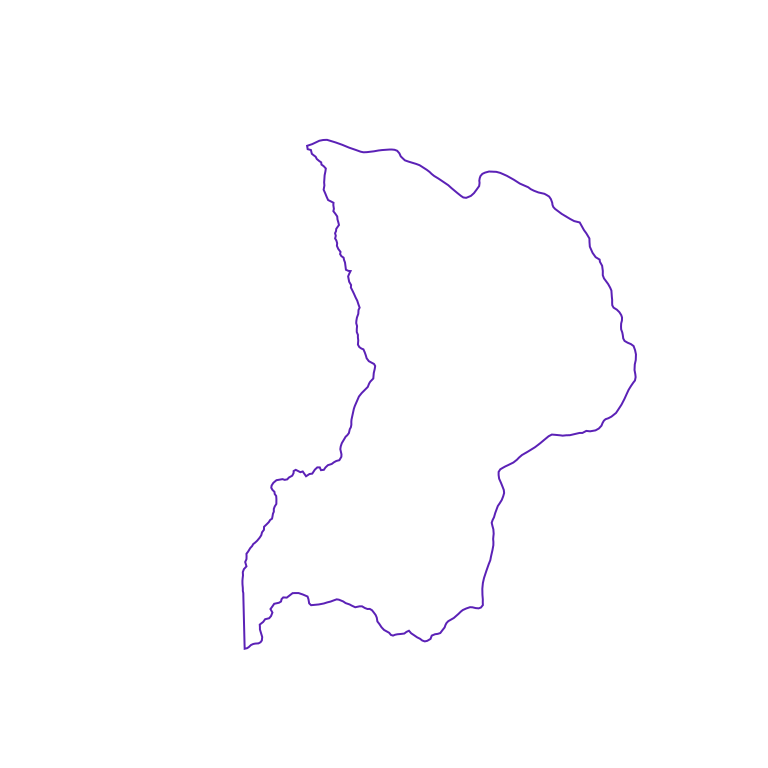 Carlinda, Mato Grosso, Brazil (Albers equal-area conic projection), rotated 331°
{"feature_id": "56859067B90935717597858", "entity_name": "Carlinda", "entity_type": "district", "adm_level": 2, "iso_a3": "BRA", "parent_name": "Brazil", "parent_adm1": "Mato Grosso", "projection": "albers", "projection_center": [-55.88, -10.063], "detail": "fine", "context": "isolated", "style": "outline", "palette": "violet", "viewbox_px": 768, "rotation_deg": 331, "n_neighbors": 0, "source": "geoboundaries", "source_scale": "gbopen_adm2", "svg_char_len": 5758}
<svg xmlns="http://www.w3.org/2000/svg" viewBox="0 0 768 768"><g transform="rotate(331 384 384)"><path d="M263.1,588.5L263.6,591.7L263.9,595.6L264.8,599.1L267.9,604.1L268.4,606.8L269.9,608.4L272.2,608.7L274.4,609.4L277.1,610.6L280.8,612.1L283.5,611.7L286.2,611.9L286.9,615.2L288.6,618.5L290.2,621.7L292.0,624.3L293.1,626.9L294.9,628.9L297.3,629.6L301.1,629.5L303.8,627.2L307.3,627.6L309.9,628.6L312.5,629.1L315.4,627.8L319.0,626.3L320.8,624.7L322.7,623.4L325.2,622.6L331.6,622.5L337.6,621.2L340.9,620.3L343.3,619.9L347.1,620.2L351.0,620.9L353.0,622.1L355.5,624.4L358.0,626.1L360.4,626.5L363.3,625.3L364.5,622.9L366.0,620.3L367.9,616.1L370.7,610.8L374.0,606.0L377.4,602.2L382.9,597.1L388.3,592.3L391.5,589.7L394.0,586.7L398.3,581.9L401.5,578.0L403.1,575.2L404.3,572.5L406.0,570.0L407.3,568.2L409.2,564.1L410.0,560.8L410.9,557.6L413.1,555.6L415.6,553.9L418.7,550.8L422.3,547.7L424.4,545.9L427.4,544.4L430.8,542.5L433.8,540.0L436.2,537.6L437.4,534.8L437.9,531.2L438.4,527.2L438.8,522.6L440.1,519.2L441.6,516.5L444.3,515.0L447.4,514.9L450.1,514.9L452.9,515.1L459.1,515.4L463.5,514.7L466.4,513.8L470.3,513.0L476.9,512.9L485.4,512.5L492.1,511.5L496.7,510.6L502.6,509.5L506.3,509.6L509.3,511.6L513.5,514.5L515.2,515.8L518.3,517.1L521.8,518.9L531.3,521.6L533.8,523.0L538.2,523.1L541.3,525.3L546.5,527.1L550.3,527.1L554.0,525.9L556.2,524.1L558.5,522.7L560.7,522.2L563.5,522.7L567.1,522.8L572.9,521.8L576.6,519.9L581.7,517.2L587.1,513.6L591.4,510.4L595.1,507.7L599.0,505.5L602.8,503.6L605.2,502.6L607.4,500.0L608.5,497.4L609.9,493.2L612.8,488.5L615.8,485.1L618.7,480.3L620.0,476.1L620.7,471.8L619.3,468.8L617.1,466.0L615.3,463.0L615.3,460.2L616.6,456.9L617.4,454.4L617.9,451.2L619.2,448.6L620.8,446.0L622.9,443.8L624.4,441.3L624.9,438.8L624.7,435.3L623.7,431.9L621.8,428.5L621.8,425.8L623.0,423.4L624.3,421.1L625.5,418.3L628.2,412.5L628.5,409.4L628.5,405.2L627.6,398.3L628.1,394.9L630.2,391.2L632.1,386.3L632.1,381.8L632.9,379.7L630.6,375.7L630.0,370.4L630.6,363.7L632.5,359.6L634.2,356.3L634.0,350.2L633.5,346.3L633.5,337.6L629.3,333.7L626.9,330.0L621.9,321.4L618.5,313.8L617.9,311.3L618.2,309.0L619.0,307.0L619.6,303.2L619.3,300.1L617.9,297.6L616.5,295.4L611.9,291.3L608.8,287.6L606.8,284.7L605.5,281.8L600.0,274.6L596.6,268.3L592.4,261.5L590.3,258.7L588.0,255.7L585.1,252.9L578.9,249.1L574.9,248.1L571.9,247.9L569.2,248.9L567.5,250.4L565.9,252.4L565.1,254.4L563.2,257.0L559.4,258.8L555.2,260.7L551.2,261.6L548.3,261.3L546.1,261.0L543.8,259.3L542.6,257.0L540.7,252.4L538.0,245.4L536.6,241.3L533.6,235.4L531.2,230.7L528.7,226.3L527.5,223.4L526.7,220.7L525.3,217.5L521.2,209.9L518.9,207.2L513.1,201.2L510.7,198.5L509.8,195.7L509.0,193.0L509.3,189.7L508.6,186.4L506.8,184.3L505.1,183.1L502.9,181.8L499.5,180.2L495.6,178.4L492.4,177.1L488.0,175.6L481.4,172.9L478.4,171.4L476.2,169.5L472.7,165.5L468.1,160.4L463.4,154.5L459.0,149.5L457.1,147.5L452.5,142.8L449.1,141.1L445.4,139.9L437.5,139.4L432.2,138.4L431.1,141.6L433.5,143.9L432.5,147.7L433.4,149.9L434.4,152.1L434.3,154.6L435.5,157.7L436.5,159.7L435.7,161.8L436.8,164.1L437.6,167.3L435.7,169.8L433.3,172.6L431.3,175.7L429.4,178.6L428.1,181.5L425.4,184.8L425.0,189.1L424.6,192.3L424.3,196.0L426.1,198.6L427.7,201.0L426.4,203.0L425.1,206.5L423.5,208.3L424.0,211.6L424.3,214.8L423.1,217.5L422.4,220.6L421.7,223.1L419.6,224.1L417.4,225.2L416.2,227.0L414.3,228.4L413.7,231.0L411.8,233.0L411.9,235.4L411.3,238.1L409.8,240.3L409.5,243.7L410.0,247.4L408.6,249.1L408.7,251.5L409.9,253.9L409.2,256.1L408.8,258.8L407.5,262.1L406.1,265.6L407.7,267.8L409.5,269.0L406.9,270.8L404.8,272.5L404.0,274.9L403.1,277.7L403.2,281.5L401.8,283.5L401.7,286.6L401.5,290.3L401.1,294.7L401.0,298.1L400.2,302.2L399.7,305.4L397.6,306.9L395.5,310.2L392.5,312.8L390.5,315.3L389.2,317.3L388.5,320.3L386.8,322.8L385.4,325.3L385.0,328.4L383.8,330.5L382.6,333.4L380.3,336.9L380.3,339.7L381.4,342.0L382.8,343.7L382.5,347.0L382.0,350.0L381.3,353.1L381.8,356.7L385.0,361.7L385.0,364.0L383.2,366.3L380.4,369.4L377.3,374.0L373.1,375.3L371.2,376.4L368.4,378.7L360.1,381.1L356.0,382.8L353.8,384.5L347.8,389.1L345.6,391.1L341.9,395.3L338.3,399.4L337.1,401.2L335.7,403.8L334.0,405.8L332.2,406.9L329.5,409.9L327.0,411.0L324.9,411.5L318.4,415.3L315.9,417.6L314.2,419.8L312.7,424.9L311.4,427.0L308.0,429.0L305.0,428.2L302.2,428.2L299.5,428.6L295.6,427.8L292.4,428.6L289.8,429.9L287.1,428.8L287.4,425.8L285.2,424.6L282.0,425.4L277.8,427.6L275.2,426.6L271.1,426.9L270.5,421.1L268.1,420.6L266.7,418.5L265.2,416.3L262.8,416.3L261.7,418.1L259.3,419.7L255.4,419.7L253.2,420.5L250.7,419.7L249.1,418.0L243.3,416.0L239.3,416.8L236.5,418.3L235.1,420.1L235.1,422.5L235.9,425.2L235.1,427.2L235.4,429.7L234.1,432.5L231.7,436.7L229.1,438.1L227.1,439.8L225.7,442.3L224.0,443.6L222.4,445.6L220.8,447.5L218.6,447.7L216.2,449.0L213.1,449.9L209.9,450.7L208.3,453.3L205.4,454.6L203.3,456.8L200.6,458.2L197.0,459.6L194.1,460.3L192.0,460.6L190.1,461.8L187.4,462.7L183.9,464.7L181.4,465.8L180.3,468.0L178.8,470.5L176.3,472.4L175.3,476.8L171.7,478.0L169.3,480.1L167.9,483.0L166.1,485.5L164.7,487.6L163.2,490.4L161.6,494.0L160.2,496.6L159.6,498.6L156.9,503.7L135.6,544.5L133.8,548.0L136.3,548.7L138.4,548.5L141.1,547.8L143.6,548.0L145.5,548.6L148.5,550.0L150.8,550.0L152.8,549.1L154.8,546.3L156.5,538.5L157.5,536.7L158.7,534.2L163.0,533.5L166.0,532.1L170.0,533.2L172.7,532.2L175.6,529.8L175.6,525.8L178.6,524.4L181.4,523.0L186.1,524.4L188.5,524.3L190.1,522.5L192.4,521.8L195.4,523.7L202.7,522.6L207.9,525.4L211.0,528.8L214.1,532.8L213.6,535.6L212.2,539.6L213.0,542.1L220.1,545.2L225.0,546.8L228.5,547.5L231.8,548.4L235.2,548.9L238.2,549.4L240.0,550.8L242.9,554.4L244.2,557.0L247.1,560.2L248.2,562.0L250.6,565.3L254.8,566.6L257.0,567.8L258.7,570.7L260.5,572.8L262.5,573.8L263.8,576.0L264.3,578.9L264.7,582.0L264.4,584.8L263.1,588.5Z" fill="none" stroke="#5b21b6" stroke-width="2"/></g></svg>